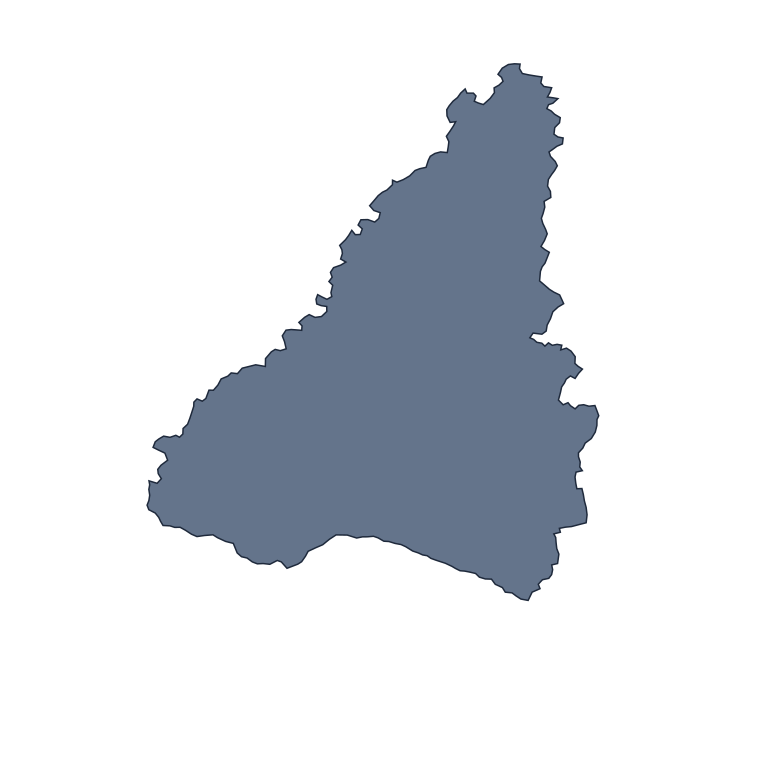 Palestina, São Paulo, Brazil (Natural Earth projection), rotated 69°
{"feature_id": "56859067B15290708695755", "entity_name": "Palestina", "entity_type": "district", "adm_level": 2, "iso_a3": "BRA", "parent_name": "Brazil", "parent_adm1": "São Paulo", "projection": "natural_earth1", "projection_center": [-49.516, -20.338], "detail": "fine", "context": "isolated", "style": "filled", "palette": "slate", "viewbox_px": 768, "rotation_deg": 69, "n_neighbors": 0, "source": "geoboundaries", "source_scale": "gbopen_adm2", "svg_char_len": 4370}
<svg xmlns="http://www.w3.org/2000/svg" viewBox="0 0 768 768"><g transform="rotate(69 384 384)"><path d="M188.0,259.2L191.0,262.4L196.8,267.1L195.8,273.5L195.8,278.5L198.9,285.4L200.1,292.8L200.2,299.6L196.8,303.0L201.0,304.7L204.0,311.9L204.4,316.7L206.0,321.8L208.8,326.8L212.4,333.5L218.4,331.3L222.7,326.1L227.6,329.5L229.5,334.6L224.7,340.2L222.4,346.7L226.3,351.2L231.4,348.7L235.9,352.6L234.3,357.3L229.0,359.0L232.7,363.8L235.5,368.2L238.7,375.7L243.5,375.2L247.3,376.1L251.8,379.7L256.5,375.9L257.5,381.9L257.3,389.4L260.6,394.0L265.7,394.1L268.6,398.7L273.4,396.5L279.7,400.8L283.7,401.4L284.5,406.9L280.5,410.7L276.8,413.9L280.5,417.1L285.2,418.1L288.3,414.6L291.1,409.7L295.8,411.4L298.6,418.2L297.1,424.5L292.4,429.0L293.3,434.2L296.0,441.4L300.4,439.7L304.4,441.6L302.1,446.4L299.9,451.1L298.6,456.2L302.6,461.7L308.8,461.7L316.1,462.7L315.7,468.9L312.7,473.2L313.6,477.7L317.8,485.5L325.1,488.5L320.1,496.9L319.3,503.4L318.4,510.7L321.8,517.1L318.9,522.7L320.7,527.0L320.9,534.2L325.5,539.5L328.7,545.5L327.0,549.6L333.7,555.5L334.9,559.8L330.9,563.9L332.8,568.0L336.6,569.6L341.6,573.6L346.5,577.6L351.2,581.8L353.5,587.5L358.6,589.7L360.4,594.0L357.3,596.7L357.1,602.9L353.7,608.4L354.6,613.8L355.9,618.2L360.4,622.3L365.1,618.0L370.0,613.3L377.6,613.3L379.9,621.3L382.6,625.8L386.8,626.9L392.6,625.8L395.4,631.4L390.2,638.1L394.2,638.9L398.1,641.3L403.9,642.6L408.6,645.3L412.2,648.6L417.1,648.6L422.5,643.8L427.8,642.1L432.1,641.8L436.9,641.0L439.7,634.7L442.9,630.7L444.7,625.7L449.5,621.7L455.2,617.6L459.4,613.3L461.1,605.9L463.5,597.7L467.8,594.5L474.2,588.3L478.8,581.8L489.1,581.6L494.2,578.9L497.4,574.2L502.9,570.7L506.5,566.7L508.3,561.2L511.4,555.2L510.5,546.9L513.3,543.6L521.3,540.6L521.3,529.0L520.4,524.6L516.7,519.1L513.0,514.8L512.4,506.4L512.1,498.8L509.4,490.6L507.7,482.8L511.9,472.4L518.0,464.7L519.0,458.8L520.7,454.3L522.4,448.4L525.6,444.6L530.7,440.5L532.8,435.9L536.8,430.8L540.0,425.6L543.7,422.0L550.2,417.1L554.0,412.5L557.4,409.2L559.8,405.2L563.6,402.7L567.3,398.4L573.3,391.0L578.6,385.9L581.8,383.4L585.6,379.9L587.5,375.9L590.1,371.7L593.7,366.4L598.5,364.2L602.3,359.3L604.7,353.6L610.9,351.9L616.5,346.4L621.8,345.4L624.9,339.3L629.1,336.7L633.8,333.3L637.7,327.0L631.4,320.3L631.0,311.7L626.2,311.7L623.5,306.2L624.5,299.8L622.0,295.8L617.8,293.1L613.0,292.3L613.8,286.3L605.5,281.7L599.6,281.7L593.8,280.2L588.8,278.7L584.8,279.2L585.6,272.5L581.6,272.0L582.7,265.8L584.3,260.0L585.2,251.7L586.0,245.0L578.9,241.3L571.6,239.5L564.9,238.8L558.6,237.5L552.5,236.7L550.9,241.5L545.3,240.5L539.3,239.0L535.1,236.3L536.0,229.9L531.6,231.0L527.2,228.8L521.6,228.5L517.9,227.1L515.1,221.4L511.3,217.4L509.2,210.0L504.6,204.0L499.0,200.1L493.5,197.9L490.6,194.9L485.7,194.8L479.7,194.8L478.2,200.6L474.9,205.0L473.7,209.8L475.7,214.5L471.1,217.7L467.4,218.9L467.6,224.2L461.5,226.9L455.0,222.2L450.4,219.2L447.7,215.2L444.8,212.2L443.3,207.1L447.3,203.6L443.8,198.6L441.2,193.4L437.0,196.5L433.2,198.4L427.0,195.7L420.3,197.6L415.9,200.8L415.5,206.8L411.5,204.1L409.0,208.2L408.2,213.0L404.5,215.7L406.3,220.2L402.5,222.0L399.8,226.4L396.0,228.3L393.1,231.3L389.9,226.6L394.1,218.7L392.7,213.6L387.5,210.6L382.7,205.2L377.1,200.5L374.5,193.9L373.4,187.5L369.5,187.7L363.8,188.1L359.0,192.6L354.8,195.7L348.4,199.1L343.5,201.8L334.9,197.6L331.3,194.4L328.9,190.4L324.9,186.7L320.3,182.5L316.1,185.7L311.9,188.2L307.5,182.7L302.3,177.8L297.7,177.7L291.0,178.2L285.7,177.7L282.0,174.5L276.5,170.5L270.9,169.1L269.6,161.4L263.8,159.6L257.9,160.4L251.9,157.2L248.5,152.5L245.8,148.2L242.4,144.0L237.6,144.4L231.2,147.0L226.5,146.8L225.3,142.0L224.0,137.3L223.8,131.4L218.5,128.6L215.7,133.1L211.7,135.8L205.8,132.7L203.0,126.5L198.5,124.0L193.3,128.1L189.0,130.1L185.3,133.3L182.2,130.3L182.4,125.7L179.9,119.4L177.5,123.4L174.6,128.6L171.3,124.6L167.5,121.3L163.5,128.2L159.1,129.7L154.0,126.4L151.2,131.4L147.4,137.9L143.7,143.6L138.1,144.5L134.1,142.3L131.8,147.5L130.3,153.4L131.5,160.4L135.7,166.6L139.9,164.4L144.1,164.4L146.2,169.6L147.0,175.1L151.6,176.5L155.4,182.5L158.7,191.1L155.6,195.1L152.4,198.4L148.1,194.9L144.5,196.3L142.2,202.3L137.6,202.5L139.9,208.2L142.9,212.7L144.7,218.2L147.6,223.4L150.4,227.1L156.3,229.1L163.5,228.5L164.8,223.1L167.9,226.6L171.8,232.0L175.1,237.0L181.0,236.6L185.7,239.1L190.6,242.0L187.6,248.0L187.0,253.9L188.0,259.2Z" fill="#64748b" stroke="#1e293b" stroke-width="1.5"/></g></svg>